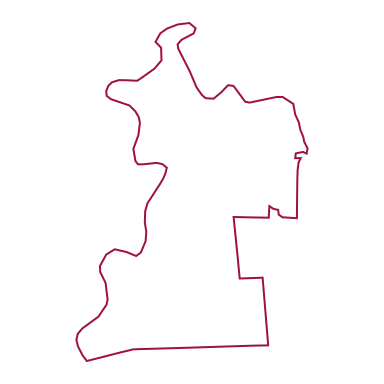 outline of Roca Sales, Rio Grande do Sul, Brazil
{"feature_id": "56859067B6825501314110", "entity_name": "Roca Sales", "entity_type": "district", "adm_level": 2, "iso_a3": "BRA", "parent_name": "Brazil", "parent_adm1": "Rio Grande do Sul", "projection": "albers", "projection_center": [-51.837, -29.244], "detail": "fine", "context": "isolated", "style": "outline", "palette": "rose", "viewbox_px": 384, "rotation_deg": 0, "n_neighbors": 0, "source": "geoboundaries", "source_scale": "gbopen_adm2", "svg_char_len": 1418}
<svg xmlns="http://www.w3.org/2000/svg" viewBox="0 0 384 384"><path d="M86.8,361.0L121.4,352.2L133.6,349.3L182.2,347.9L192.2,347.6L254.6,345.6L268.2,345.4L264.2,296.8L262.6,277.7L239.7,278.5L237.2,252.4L233.6,217.0L251.1,217.4L268.7,217.7L269.4,206.1L273.3,208.8L278.2,209.9L278.7,214.6L282.5,217.3L296.9,218.2L297.3,180.6L297.6,170.4L298.6,162.4L300.7,158.1L295.2,158.1L295.8,153.4L302.9,151.9L306.6,153.6L307.6,148.5L304.1,141.5L303.3,136.9L300.5,130.4L298.8,122.3L295.2,114.4L293.3,103.9L282.7,97.0L276.5,97.0L249.5,102.6L245.2,101.7L233.5,85.9L228.1,85.2L221.0,92.5L213.6,98.7L205.6,98.2L202.0,95.1L196.5,87.3L189.9,71.6L178.3,48.8L177.6,44.4L181.5,39.8L193.7,33.4L195.6,28.3L189.3,23.0L177.6,24.5L167.2,28.5L160.4,33.2L155.5,41.9L161.1,47.7L161.5,60.4L154.3,68.8L143.2,76.7L137.4,80.7L133.1,80.6L128.0,80.3L119.1,80.1L111.9,82.3L108.3,85.9L106.2,91.0L106.7,95.9L111.0,99.2L129.5,105.5L135.4,111.4L138.8,117.2L139.9,122.8L138.4,135.1L133.4,148.8L135.4,160.9L138.0,164.3L143.1,164.3L156.5,162.9L162.4,164.1L166.8,167.7L165.3,173.7L163.0,179.0L159.4,185.0L156.8,188.9L153.9,193.4L150.3,199.0L147.6,202.9L145.2,211.1L144.8,222.5L146.3,231.7L145.6,241.2L140.8,252.6L136.1,256.0L126.4,252.0L114.7,249.3L106.2,254.6L100.0,266.0L100.2,272.0L105.6,283.0L107.6,299.6L106.5,304.7L103.1,309.7L98.5,316.6L82.4,328.4L77.8,333.8L76.4,339.8L77.9,346.2L82.6,355.4L86.8,361.0Z" fill="none" stroke="#9f1239" stroke-width="2"/></svg>